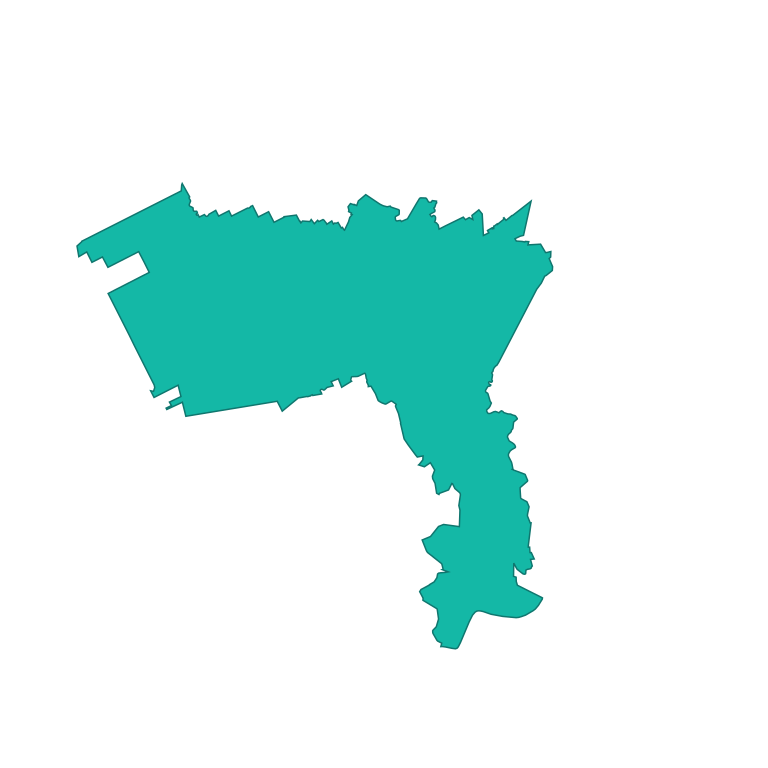 outline of Ebano, San Luis Potosí, Mexico, rotated 333°
{"feature_id": "50627088B88107705873369", "entity_name": "Ebano", "entity_type": "district", "adm_level": 2, "iso_a3": "MEX", "parent_name": "Mexico", "parent_adm1": "San Luis Potosí", "projection": "albers", "projection_center": [-98.486, 22.169], "detail": "fine", "context": "isolated", "style": "filled", "palette": "teal", "viewbox_px": 768, "rotation_deg": 333, "n_neighbors": 0, "source": "geoboundaries", "source_scale": "gbopen_adm2", "svg_char_len": 6171}
<svg xmlns="http://www.w3.org/2000/svg" viewBox="0 0 768 768"><g transform="rotate(333 384 384)"><path d="M315.4,643.8L316.9,644.5L319.5,646.3L324.6,650.4L327.5,652.4L329.2,652.6L330.7,652.0L334.6,649.2L351.9,634.6L358.0,630.1L361.7,628.6L363.6,628.5L365.5,629.1L367.3,630.3L369.1,631.8L374.9,637.8L384.3,645.0L395.7,652.2L398.1,653.1L400.7,653.6L405.2,654.2L413.9,653.7L416.7,653.2L421.0,651.4L427.3,647.6L428.1,646.5L411.5,623.9L412.2,620.0L414.0,616.1L412.1,614.2L418.3,602.5L418.4,609.1L418.6,609.8L421.6,616.2L422.3,616.9L423.1,617.4L423.9,617.4L424.4,616.9L425.9,614.3L427.5,614.2L430.2,615.0L431.2,615.0L431.8,614.7L432.2,614.1L433.5,613.5L434.9,606.8L438.4,608.1L438.7,601.3L438.3,601.2L438.4,600.8L437.6,600.4L439.7,595.5L438.5,594.9L439.1,593.7L452.0,574.5L451.2,574.2L451.9,566.6L452.9,565.0L457.5,559.3L457.9,553.9L454.2,548.5L454.0,547.9L454.1,547.4L457.6,539.3L458.3,538.1L467.6,535.8L468.2,535.1L468.7,528.8L468.5,528.3L460.2,519.3L460.3,518.9L459.5,518.1L460.4,517.8L461.7,513.4L462.1,511.5L462.1,505.2L462.4,504.2L462.9,503.2L463.6,502.5L465.9,501.0L468.0,500.5L471.9,500.3L472.4,500.0L472.7,499.4L472.8,497.8L472.5,496.5L471.7,494.8L469.9,491.9L469.7,491.2L469.9,487.3L470.9,486.0L472.6,485.1L473.5,485.0L475.5,484.3L476.8,482.9L478.4,482.3L479.0,481.6L482.2,476.8L486.8,475.7L487.1,475.2L486.7,472.5L486.3,471.6L484.6,470.1L483.2,468.3L480.8,466.9L477.8,463.9L477.4,462.4L476.6,461.3L475.3,461.2L474.0,461.7L473.4,461.8L470.9,459.1L469.3,458.6L465.6,458.5L464.3,458.1L463.3,457.3L463.1,455.0L463.8,453.6L466.6,452.9L468.3,452.0L471.0,449.7L470.8,447.3L472.2,439.8L472.1,439.1L471.2,437.9L471.1,437.0L471.3,436.2L471.8,435.6L475.2,433.5L475.9,433.4L477.4,433.9L478.4,433.8L478.7,433.3L478.7,433.1L478.0,432.4L477.6,431.6L477.8,430.3L478.1,429.9L479.2,429.8L480.2,431.1L480.8,431.2L481.3,431.1L481.7,430.8L482.0,430.4L482.0,429.1L484.9,425.1L485.0,424.3L484.9,423.2L485.4,422.7L486.7,422.3L488.1,420.6L489.6,419.5L491.6,418.7L493.2,418.5L496.3,416.6L563.1,368.9L570.0,365.5L576.1,360.9L577.8,360.9L585.5,359.3L587.5,356.0L588.1,347.2L590.1,346.6L592.8,341.7L588.9,340.8L587.6,340.2L587.0,330.5L575.4,325.4L577.6,322.9L574.6,321.1L574.0,321.4L571.8,319.7L566.8,316.7L566.6,314.0L572.2,314.1L575.8,314.9L598.1,287.8L575.3,292.2L574.4,292.0L567.0,293.6L566.4,290.3L565.8,290.4L566.0,291.5L557.5,293.3L557.5,292.7L553.9,293.4L553.5,293.2L552.8,294.4L552.3,294.3L552.3,295.3L550.8,294.9L551.0,293.9L545.9,294.2L546.0,296.9L540.0,296.8L548.7,277.1L547.6,271.9L538.9,273.7L537.8,277.8L535.5,274.4L531.2,274.6L530.4,271.3L511.1,271.0L503.4,271.0L504.5,267.0L503.9,264.4L502.7,262.6L504.4,261.0L504.8,260.4L505.6,258.9L505.7,257.7L505.0,256.6L504.4,256.2L504.0,256.2L503.3,256.7L502.6,256.7L502.0,255.6L502.1,254.5L501.8,253.9L502.6,253.6L507.4,253.5L507.9,253.0L508.4,252.1L508.2,250.2L508.4,249.8L509.6,249.5L512.1,246.9L513.2,246.5L513.5,245.3L513.8,244.9L510.3,242.5L508.5,243.4L507.1,242.8L506.6,242.4L506.3,241.8L506.1,238.3L505.7,237.3L501.2,234.8L500.5,234.7L499.9,234.8L494.4,238.2L479.9,247.5L473.2,247.1L473.1,246.0L472.8,245.6L469.5,244.6L469.1,244.2L468.8,243.3L469.0,242.4L469.7,240.5L470.1,240.2L470.6,240.0L474.0,239.9L474.7,239.5L476.4,236.3L476.4,235.7L476.1,235.2L470.6,229.6L470.3,228.3L467.8,227.7L467.1,227.4L464.4,225.0L463.4,223.8L462.0,221.9L453.7,207.0L444.3,209.2L440.7,212.6L439.0,210.5L438.7,210.8L436.0,208.0L432.4,209.8L431.6,213.3L430.7,214.3L432.6,216.9L431.7,217.8L432.5,218.6L429.1,220.1L426.0,223.4L418.7,229.0L418.2,228.1L418.1,225.6L416.8,225.6L416.4,219.2L414.4,219.1L413.2,218.2L411.5,218.5L411.5,215.0L405.6,215.7L405.6,214.0L405.3,213.1L405.0,211.0L404.3,209.8L399.7,209.7L399.2,208.0L394.7,209.5L393.8,204.4L391.7,205.6L385.4,201.8L383.1,202.7L383.1,200.9L382.7,200.9L382.6,193.7L371.1,189.6L371.1,190.0L359.4,190.0L359.4,178.1L347.8,178.1L347.9,165.4L345.6,165.3L344.9,165.9L343.2,165.9L342.3,165.3L324.4,165.2L324.5,159.3L312.9,159.3L312.9,152.9L305.1,153.3L303.8,154.1L302.6,154.3L302.0,154.1L301.4,153.4L300.9,151.5L295.2,151.4L295.2,148.8L294.0,148.8L293.7,148.2L293.7,147.7L293.8,147.4L294.1,147.2L295.4,147.0L295.6,145.3L295.1,144.7L294.0,144.4L293.1,143.7L292.9,142.5L293.8,140.4L293.4,139.6L291.7,137.3L291.6,136.6L291.7,136.0L292.3,135.3L294.6,133.3L294.9,132.4L294.7,130.5L294.9,129.5L295.8,129.1L295.2,113.8L294.1,114.8L291.0,119.9L179.5,119.6L179.0,120.1L173.1,121.7L169.9,132.0L179.1,131.4L179.0,143.0L190.8,143.0L191.0,154.7L225.5,154.7L225.6,166.4L225.5,178.0L179.3,178.1L179.2,224.6L179.0,236.2L178.8,280.5L178.1,283.1L175.3,285.9L173.0,284.1L173.0,291.6L200.0,291.6L197.4,303.0L184.6,302.7L184.8,306.7L178.9,306.6L178.9,308.1L196.1,308.7L192.8,322.8L281.0,350.9L281.0,362.0L301.5,357.5L302.6,358.0L309.6,360.1L310.0,360.5L311.3,360.9L311.9,360.9L313.2,361.3L313.4,361.0L315.2,361.0L315.3,361.9L324.0,364.6L324.2,363.5L324.1,361.3L324.4,360.6L325.5,360.2L326.3,360.5L327.6,362.1L328.4,362.2L331.8,361.2L337.9,362.6L338.0,357.9L345.7,358.6L344.8,367.7L356.4,366.8L356.1,366.0L356.2,365.2L358.0,363.2L358.7,362.9L363.4,365.1L364.6,365.4L371.6,365.6L372.0,366.1L371.8,367.6L370.8,370.8L370.7,372.9L369.9,373.7L369.5,374.6L369.5,377.8L368.8,379.2L371.4,380.0L372.0,388.7L371.3,395.8L371.4,396.4L372.3,398.0L373.6,399.9L375.7,402.2L376.3,402.6L376.8,402.7L382.1,402.4L382.8,402.5L383.4,403.2L385.6,407.4L385.6,407.8L384.6,408.4L384.1,409.2L383.5,416.9L381.3,426.0L380.8,426.7L377.0,442.1L377.9,449.3L379.9,461.4L380.5,464.2L386.1,465.8L384.2,469.2L379.2,471.5L378.1,471.8L382.4,476.1L389.6,475.2L390.1,483.7L385.3,488.1L384.4,490.5L384.4,495.7L381.3,505.2L382.8,507.4L383.8,506.6L393.4,507.7L399.3,503.4L399.8,504.0L399.7,509.4L401.9,514.7L402.2,516.0L401.8,517.4L395.5,526.3L394.4,530.9L386.4,545.3L373.3,536.2L367.9,535.7L356.2,541.0L347.2,540.3L346.1,551.9L346.3,553.9L353.6,569.8L353.8,570.7L352.6,575.9L351.6,575.8L355.9,580.5L353.1,579.7L348.7,577.9L346.7,577.3L345.5,577.6L343.2,580.6L338.8,583.1L333.5,583.4L333.4,583.7L323.7,583.9L321.5,585.2L321.6,592.5L320.5,594.4L328.9,607.9L329.1,608.3L329.1,609.0L325.9,618.2L320.6,623.8L320.0,624.2L316.1,625.5L315.3,626.0L314.6,627.6L314.4,628.6L314.8,636.5L315.2,637.6L317.8,641.1L315.4,643.8Z" fill="#14b8a6" stroke="#0f766e" stroke-width="1.5"/></g></svg>